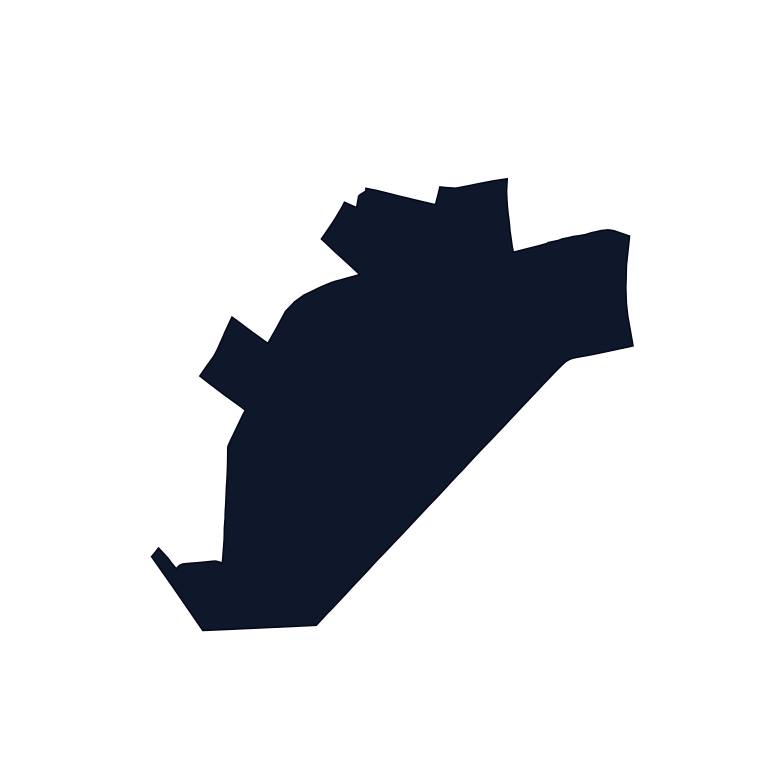 outline of Sathon, Bangkok Metropolis, Thailand, rotated 152°
{"feature_id": "78962969B57919474821024", "entity_name": "Sathon", "entity_type": "district", "adm_level": 2, "iso_a3": "THA", "parent_name": "Thailand", "parent_adm1": "Bangkok Metropolis", "projection": "robinson", "projection_center": [100.532, 13.714], "detail": "fine", "context": "isolated", "style": "filled", "palette": "ink", "viewbox_px": 768, "rotation_deg": 152, "n_neighbors": 0, "source": "geoboundaries", "source_scale": "gbopen_adm2", "svg_char_len": 3182}
<svg xmlns="http://www.w3.org/2000/svg" viewBox="0 0 768 768"><g transform="rotate(152 384 384)"><path d="M371.2,541.5L368.1,532.4L365.2,523.7L358.7,505.6L354.7,494.0L354.6,493.5L354.7,492.2L357.6,492.8L364.3,494.3L374.8,496.6L378.9,497.6L382.2,498.2L390.2,499.0L395.6,499.4L413.2,500.1L418.7,499.3L424.2,498.6L429.1,496.9L436.6,494.5L452.3,484.1L463.4,477.0L467.5,474.4L467.8,475.0L473.7,487.1L476.2,492.1L483.7,508.1L486.8,514.5L500.2,504.4L503.1,502.0L515.1,492.6L519.2,489.8L521.5,488.3L532.1,483.1L542.9,477.5L537.8,466.1L529.7,448.6L521.9,432.8L518.7,426.0L523.2,423.0L530.8,417.4L537.0,412.8L545.5,406.6L550.4,402.8L551.1,402.1L551.6,401.4L552.1,400.7L555.5,394.4L560.4,385.6L564.9,377.8L567.3,373.8L571.7,366.7L578.0,355.9L581.3,350.4L583.0,347.7L585.4,343.6L587.2,340.3L589.5,336.7L592.7,331.6L596.5,324.7L598.4,321.4L603.2,313.8L607.1,307.6L610.8,301.9L611.0,302.1L611.4,302.5L613.7,304.9L615.6,306.6L616.8,307.2L619.0,308.2L619.4,308.4L620.5,308.8L622.0,309.4L624.1,310.3L626.1,311.1L628.7,312.2L630.3,312.8L632.6,313.8L634.9,314.8L636.9,315.7L639.7,316.9L641.4,317.6L642.9,318.3L643.7,318.6L644.8,319.0L646.0,319.5L647.1,319.7L647.8,319.8L648.8,319.9L649.6,319.8L650.5,319.7L651.4,319.4L652.3,319.1L653.0,318.9L653.4,318.8L653.8,318.7L654.0,318.8L654.3,319.0L655.0,322.7L655.6,325.5L656.3,330.2L656.6,332.0L657.6,335.7L658.0,337.2L659.0,341.2L660.1,345.1L662.1,344.2L664.8,342.9L666.8,342.1L670.3,340.7L665.6,303.2L659.7,251.4L635.0,239.6L557.1,202.7L550.6,205.0L547.1,206.2L542.8,207.8L536.8,209.6L523.6,214.1L515.9,216.7L508.2,219.5L501.0,221.9L493.2,224.5L485.0,227.3L478.6,229.6L470.9,232.3L466.8,233.5L462.0,235.1L455.0,237.5L448.1,239.8L441.9,241.8L433.9,244.5L428.1,246.5L422.3,248.5L409.9,252.7L400.6,255.9L391.2,258.9L385.4,260.9L375.6,264.3L370.9,266.0L361.0,269.4L355.5,271.1L350.9,272.7L348.4,273.6L337.6,277.4L330.2,279.9L323.1,282.2L314.1,285.1L306.8,287.6L295.9,291.2L289.6,293.4L282.4,295.8L272.3,299.3L264.7,301.8L259.2,303.7L251.6,306.2L244.4,308.7L234.9,311.8L228.1,314.1L221.9,316.0L218.6,317.0L213.8,318.3L211.5,318.5L209.0,318.6L207.6,318.5L206.2,318.3L204.8,318.0L203.1,317.5L201.3,317.0L185.0,311.8L146.2,300.7L136.9,329.4L132.2,341.2L127.3,351.3L125.3,355.4L121.1,362.7L117.1,369.8L114.3,374.8L97.7,399.3L108.7,411.1L109.8,412.0L111.7,413.5L113.5,414.7L113.9,415.0L117.4,416.4L118.6,416.9L120.1,417.5L126.5,419.2L129.0,420.0L131.9,420.6L134.9,421.1L136.0,421.4L137.1,421.7L142.2,423.4L147.3,425.3L151.0,426.2L158.8,428.5L160.5,428.7L161.9,428.8L162.6,428.9L167.4,430.3L171.9,431.6L172.3,431.7L174.4,431.7L175.2,431.8L182.5,433.4L193.8,436.2L202.1,438.2L207.4,439.5L208.0,439.6L207.0,442.6L206.2,445.3L202.8,454.6L200.8,460.2L197.9,467.0L196.2,471.4L194.8,475.2L191.4,483.5L190.4,485.7L189.1,488.6L185.3,496.6L183.0,500.4L178.8,507.4L192.6,512.2L205.8,516.3L215.8,519.2L228.7,523.2L236.8,528.2L242.0,531.7L242.2,531.8L246.1,527.2L246.3,527.0L246.7,526.6L254.4,518.2L264.6,527.1L273.8,535.2L283.1,543.4L290.4,550.1L299.8,558.5L308.1,565.3L309.5,562.9L317.0,562.3L317.7,562.1L318.5,561.4L325.4,552.6L333.6,563.1L336.5,561.0L339.5,559.0L347.6,554.1L354.5,550.2L363.7,545.3L371.2,541.5Z" fill="#0f172a" stroke="#020617" stroke-width="1.5"/></g></svg>